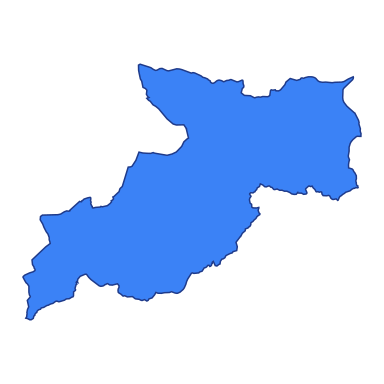 the district of Sarolangun, Jambi, Indonesia
{"feature_id": "22746128B44731308508060", "entity_name": "Sarolangun", "entity_type": "district", "adm_level": 2, "iso_a3": "IDN", "parent_name": "Indonesia", "parent_adm1": "Jambi", "projection": "albers", "projection_center": [102.678, -2.332], "detail": "fine", "context": "isolated", "style": "filled", "palette": "blue", "viewbox_px": 384, "rotation_deg": 0, "n_neighbors": 0, "source": "geoboundaries", "source_scale": "gbopen_adm2", "svg_char_len": 5908}
<svg xmlns="http://www.w3.org/2000/svg" viewBox="0 0 384 384"><path d="M153.2,69.3L150.9,67.7L149.5,67.2L140.1,64.2L138.5,65.1L138.6,70.2L139.2,73.4L140.4,79.0L141.7,81.1L143.0,87.4L145.4,88.5L146.9,90.2L146.4,94.3L147.9,96.8L148.9,97.5L146.8,98.3L148.6,100.3L150.3,101.3L153.0,104.8L155.8,106.4L158.7,108.8L167.1,118.9L173.1,124.0L176.4,125.0L183.8,124.8L186.2,128.3L186.1,128.7L186.6,129.0L186.5,129.7L188.5,138.1L187.0,139.0L183.9,141.8L181.7,146.4L176.3,152.0L172.1,154.0L167.1,155.3L155.3,153.3L153.4,152.8L153.2,152.6L150.6,153.4L147.2,153.3L142.8,153.0L139.0,152.1L135.9,160.3L132.0,166.3L130.5,166.9L128.2,167.1L122.3,186.5L120.4,188.2L119.8,189.0L119.1,191.6L113.5,196.9L112.9,197.0L113.5,198.9L112.5,200.1L111.2,200.7L111.5,201.9L110.1,203.5L107.3,205.7L102.3,206.8L100.9,206.4L100.6,206.9L99.5,207.1L95.6,207.4L93.1,208.0L92.4,207.7L92.3,206.5L91.9,206.2L90.7,203.6L91.1,202.2L90.5,200.4L90.8,199.1L90.7,197.8L90.3,197.4L89.8,197.4L87.5,197.9L84.0,199.1L82.7,200.4L81.9,200.7L81.6,201.6L81.1,201.8L79.6,201.4L69.9,210.2L70.0,210.6L69.5,210.7L69.4,211.0L68.5,211.2L66.7,210.9L64.3,211.8L60.6,214.1L57.9,214.7L42.4,215.1L40.5,216.5L40.2,219.8L42.7,224.0L44.0,227.4L46.2,231.7L47.9,234.0L49.2,237.5L49.2,239.8L49.8,241.5L50.2,243.5L45.7,246.9L32.0,259.9L32.5,264.6L34.0,267.0L34.1,268.0L34.9,269.1L35.1,269.8L34.9,270.6L33.1,271.8L29.6,272.9L24.8,275.1L23.2,276.5L23.0,277.2L24.9,280.8L26.1,282.8L27.4,283.9L28.9,286.2L28.9,292.2L29.4,294.9L30.3,296.4L30.1,297.1L27.3,300.4L28.7,306.9L27.5,309.4L26.9,312.5L27.1,313.9L26.8,315.0L26.8,316.4L25.8,318.2L27.3,318.5L29.9,319.8L31.3,319.7L33.3,318.4L33.8,316.1L34.8,315.4L34.7,314.9L35.5,313.3L36.8,312.5L37.0,311.3L38.5,309.8L40.5,309.2L41.3,307.9L43.7,307.4L46.9,305.5L48.3,305.2L50.6,304.0L52.9,303.4L55.6,301.4L56.8,301.1L58.9,301.8L60.1,301.5L64.4,300.2L66.4,298.9L69.3,298.7L71.7,297.2L73.0,296.8L73.5,295.9L73.6,291.8L75.3,290.5L75.6,289.8L75.1,288.9L75.1,288.1L76.1,284.6L76.8,284.3L76.8,284.0L76.2,282.5L76.6,281.7L77.7,282.3L77.4,281.6L77.8,279.2L80.2,276.3L85.2,274.2L86.5,274.3L88.8,277.4L91.0,279.6L99.3,285.9L100.2,286.1L100.8,286.3L102.9,286.0L104.1,285.4L104.7,284.7L105.8,284.5L106.3,284.0L107.6,283.6L109.6,284.9L112.3,285.1L117.5,283.8L119.0,285.7L119.0,287.4L118.3,288.7L118.0,290.3L118.2,292.2L118.8,292.9L120.7,294.0L123.1,296.1L124.7,295.7L127.3,296.9L132.5,296.6L135.0,298.6L135.7,298.9L139.1,299.3L141.1,300.3L142.1,300.5L144.5,299.6L146.8,301.0L147.4,300.8L148.2,300.3L149.0,298.9L152.1,297.9L154.7,294.7L155.9,292.4L157.9,293.2L161.4,293.3L164.4,292.7L169.4,292.5L171.5,291.7L175.0,293.0L176.8,293.3L177.7,293.2L180.1,292.1L183.2,289.4L184.3,287.8L185.8,284.4L186.7,281.3L187.8,278.9L191.4,273.3L192.4,272.9L193.8,273.4L198.8,272.9L199.6,272.0L202.1,271.2L204.2,267.9L205.7,267.5L206.6,266.9L207.8,265.4L209.1,265.3L209.8,266.5L210.6,266.2L211.5,265.2L211.6,264.0L212.3,263.5L212.2,262.3L213.3,261.4L215.2,265.6L216.9,266.0L219.1,264.3L220.0,264.0L220.4,261.3L221.8,259.2L223.3,258.8L224.9,257.7L225.7,256.0L226.1,255.5L230.1,253.5L232.2,252.9L233.1,251.6L236.7,250.6L237.3,246.7L236.0,242.3L240.7,236.1L240.8,236.2L242.3,233.3L245.2,230.8L245.4,228.9L248.0,228.0L248.5,227.2L249.9,226.4L250.8,224.8L250.8,223.2L251.0,222.7L253.0,221.4L253.9,220.2L255.9,218.5L257.0,216.6L257.8,215.9L259.8,214.6L259.9,213.7L259.0,212.9L258.1,210.3L258.9,207.9L258.8,207.4L256.5,208.0L253.3,207.9L252.4,207.6L251.8,207.1L251.6,204.3L250.1,203.1L249.4,199.7L249.8,198.1L251.0,196.4L250.9,196.0L249.6,194.2L249.7,193.6L250.8,192.7L253.0,192.9L254.2,192.0L254.9,191.8L255.6,190.5L256.6,189.7L257.3,187.8L259.5,186.5L260.3,183.9L262.7,184.9L264.7,186.7L266.2,186.9L268.5,186.0L269.6,186.0L270.6,187.1L272.0,187.4L273.7,189.4L274.7,189.6L277.1,189.0L279.8,190.3L282.0,190.2L284.4,191.2L286.8,191.2L289.8,192.5L291.7,193.9L294.1,194.4L296.2,194.3L297.5,192.8L297.5,193.0L301.6,193.2L303.6,194.3L306.1,194.0L306.8,193.4L306.9,192.5L305.6,189.5L305.7,188.7L308.6,186.1L309.2,186.0L310.8,186.6L312.1,186.1L313.2,187.9L314.9,189.5L316.0,191.6L316.8,191.9L318.0,191.6L319.2,192.2L320.9,191.8L321.7,192.2L322.0,194.1L323.1,195.6L326.5,195.8L328.7,195.4L329.8,196.0L330.7,198.0L332.2,199.3L333.2,199.5L336.2,198.9L337.7,200.4L338.2,200.1L339.2,197.6L340.0,196.4L341.6,195.5L342.4,194.6L344.7,193.2L345.6,192.3L350.1,190.8L351.8,189.3L353.7,188.3L354.7,188.3L355.8,187.5L357.3,187.9L358.1,187.6L357.8,186.9L357.9,186.0L356.9,185.5L356.7,185.1L356.3,183.7L356.3,182.6L355.9,181.6L355.9,180.2L356.4,178.8L356.3,175.7L354.7,172.6L353.8,171.6L353.0,169.8L352.0,168.9L348.6,167.9L348.5,164.8L348.9,161.9L349.5,159.8L348.4,157.0L348.3,155.8L349.1,151.2L349.1,147.2L350.2,143.5L351.1,141.8L352.9,139.6L356.4,136.6L357.2,136.3L360.9,136.4L361.0,133.4L360.5,132.3L360.2,130.6L360.4,128.8L359.2,125.0L358.9,123.6L359.1,122.5L358.5,120.3L354.8,113.0L354.2,112.7L346.9,106.2L343.9,102.3L343.0,100.1L342.7,97.7L343.0,89.6L343.9,88.1L352.6,79.7L353.2,78.6L353.4,77.4L353.2,76.8L348.3,79.0L344.1,81.5L341.8,82.1L334.9,82.3L332.2,82.7L325.7,82.1L322.6,82.3L320.6,82.0L319.2,81.6L317.8,80.7L315.9,78.5L314.8,77.7L312.8,77.0L311.2,76.8L308.4,76.8L305.1,77.6L303.7,78.3L301.9,77.9L300.7,78.4L300.4,79.3L296.7,80.4L290.2,78.5L286.0,82.0L284.9,84.7L280.5,89.9L278.6,90.9L275.9,90.8L275.3,89.8L272.7,90.2L271.2,89.8L270.5,90.6L269.8,95.4L268.4,96.5L267.4,96.7L262.8,96.5L260.4,97.2L258.5,96.9L256.5,97.2L254.8,97.8L254.0,97.6L250.4,95.7L244.4,95.4L241.2,92.8L242.3,88.5L243.6,87.4L243.9,86.0L243.1,83.5L243.0,81.0L242.7,80.3L242.1,80.1L238.4,81.7L236.9,81.9L231.2,79.6L230.3,79.6L229.1,80.2L226.5,80.5L224.5,81.5L223.4,81.7L221.7,80.7L219.3,80.1L218.2,80.2L216.7,80.9L214.8,82.5L213.2,83.3L212.1,83.2L210.6,82.3L210.2,80.9L208.2,79.7L207.7,79.0L204.9,77.8L202.8,77.3L201.1,75.9L194.8,73.0L193.0,72.6L191.3,73.1L181.8,69.6L179.4,69.0L176.7,68.8L168.6,70.9L166.9,70.6L162.1,68.4L159.8,68.6L157.0,70.2L155.4,70.4L153.2,69.3Z" fill="#3b82f6" stroke="#1e3a8a" stroke-width="1.5"/></svg>